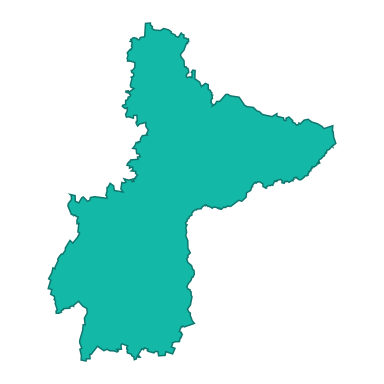 outline of Planeta Rica, Córdoba, Colombia
{"feature_id": "7082276B80590541322952", "entity_name": "Planeta Rica", "entity_type": "district", "adm_level": 2, "iso_a3": "COL", "parent_name": "Colombia", "parent_adm1": "Córdoba", "projection": "albers", "projection_center": [-75.58, 8.302], "detail": "fine", "context": "isolated", "style": "filled", "palette": "teal", "viewbox_px": 384, "rotation_deg": 0, "n_neighbors": 0, "source": "geoboundaries", "source_scale": "gbopen_adm2", "svg_char_len": 5941}
<svg xmlns="http://www.w3.org/2000/svg" viewBox="0 0 384 384"><path d="M70.2,194.5L71.2,195.4L71.5,199.5L68.3,203.6L67.9,205.9L71.4,214.4L72.6,214.5L73.5,215.7L75.5,215.1L76.2,216.5L78.3,217.0L76.9,220.3L76.9,223.1L77.1,223.9L78.9,223.3L77.9,232.0L79.7,233.3L77.4,237.5L72.8,243.1L70.0,240.4L65.4,247.9L65.3,250.3L62.7,254.2L61.5,254.0L59.8,255.9L57.8,259.0L58.0,260.9L54.9,267.6L55.0,268.8L52.9,267.9L51.9,272.7L48.6,278.8L50.8,280.1L48.2,288.6L51.8,289.5L50.7,294.3L54.2,296.2L54.8,298.6L54.1,299.3L55.6,301.4L55.2,303.5L57.3,309.8L56.1,310.9L56.2,313.2L58.6,313.3L61.4,312.2L61.4,310.5L63.4,309.6L63.5,308.6L69.8,308.2L69.7,307.0L72.3,305.7L73.6,306.4L73.7,305.2L78.5,301.3L83.0,306.3L86.8,308.4L87.3,312.9L84.4,318.2L85.1,324.8L83.2,324.7L82.6,330.6L79.8,340.2L79.7,342.7L81.8,348.3L79.9,349.2L81.4,355.7L81.1,360.0L86.0,361.0L86.3,358.9L90.1,358.7L89.7,354.5L91.3,354.2L97.5,346.2L103.9,350.7L107.1,349.2L109.5,350.7L114.0,350.9L117.1,352.0L118.4,350.9L116.8,349.3L121.4,349.2L120.9,345.4L121.9,343.8L127.8,346.0L126.6,347.7L126.8,349.2L127.7,349.6L127.1,351.5L127.5,353.0L131.4,354.1L131.9,355.8L133.8,356.9L134.3,359.7L136.2,359.0L137.3,356.1L138.7,357.3L140.1,357.2L138.1,354.8L141.9,348.7L143.6,349.7L144.4,347.8L148.0,349.2L147.3,350.6L148.1,351.3L154.0,352.9L155.3,351.4L158.0,351.7L158.6,355.8L165.1,355.4L165.8,351.7L172.6,353.9L175.0,348.3L171.3,347.0L172.5,344.2L172.3,343.0L175.2,341.7L179.4,341.6L180.3,337.7L181.0,337.7L182.3,334.2L181.3,333.5L181.4,332.4L179.3,331.4L181.4,326.5L182.4,326.8L182.8,326.1L184.3,326.9L194.4,323.4L192.2,320.7L190.2,315.2L190.4,313.1L189.1,312.3L187.4,309.2L190.4,305.0L192.0,296.8L191.1,294.8L191.1,291.9L190.1,291.0L190.0,289.7L188.3,289.2L186.8,287.2L188.1,283.9L191.0,280.3L192.1,277.1L193.0,277.1L194.3,274.3L194.0,270.3L192.7,269.4L191.6,265.7L187.8,262.4L186.7,258.6L188.1,257.1L187.6,255.6L190.3,252.9L187.9,248.3L187.8,240.8L185.7,235.6L186.6,232.3L185.8,227.6L187.0,224.9L186.1,224.8L185.6,222.6L187.2,221.0L187.1,219.4L189.0,218.1L189.3,216.5L191.9,215.1L191.8,213.1L194.5,210.0L196.7,209.8L197.0,209.0L201.1,208.8L202.4,206.6L204.5,205.4L205.4,205.7L205.9,204.7L208.0,206.5L208.9,206.2L212.3,208.2L213.4,207.2L215.8,207.2L218.4,208.5L219.1,207.9L219.4,208.9L221.4,209.3L223.7,207.1L225.3,207.6L227.9,205.9L229.6,206.5L231.2,206.0L238.7,200.3L241.8,201.2L246.1,197.2L246.6,192.7L250.6,190.5L251.9,186.7L252.6,186.6L252.5,185.2L254.8,182.6L255.3,183.0L255.9,182.3L256.5,182.9L257.1,182.1L259.6,181.8L263.1,184.0L262.9,186.4L265.9,188.2L266.6,188.0L266.5,186.8L268.4,185.6L270.7,185.6L271.5,184.8L272.7,185.3L274.7,180.9L275.9,181.5L276.3,180.6L276.9,181.2L277.7,180.2L280.7,179.4L282.3,181.0L281.9,182.7L284.2,183.3L284.9,181.3L286.1,181.7L287.2,181.1L289.0,182.3L291.5,180.8L293.0,180.8L292.7,179.8L293.9,179.3L293.7,178.2L295.0,177.3L295.6,177.9L296.9,177.4L296.8,178.1L299.2,179.8L300.9,179.7L304.1,177.3L304.4,176.2L308.0,175.4L308.0,173.9L309.1,172.3L308.7,171.6L310.9,170.7L310.7,169.2L311.5,168.9L311.9,167.2L312.6,167.7L313.2,166.6L314.3,166.8L316.9,164.9L317.0,163.6L318.0,163.6L317.9,162.1L318.6,163.6L319.6,163.1L318.6,162.2L319.2,161.9L318.6,161.3L319.4,159.6L321.4,158.5L323.1,156.3L324.2,156.1L325.5,152.8L326.4,153.0L326.9,150.4L329.2,149.5L332.1,146.2L332.7,146.8L332.5,145.8L335.8,143.5L333.7,137.2L333.1,131.4L332.4,130.9L332.8,125.7L324.0,128.6L321.8,126.3L317.6,123.8L311.8,122.0L308.1,119.3L304.0,120.2L300.4,123.9L299.0,123.0L298.6,124.5L296.4,125.1L295.0,123.2L292.4,122.1L292.7,120.6L288.9,117.0L286.1,118.2L286.0,120.6L284.0,120.3L283.4,117.8L276.9,116.3L276.9,113.7L272.0,116.6L262.5,114.5L259.3,111.6L256.9,110.9L253.3,107.4L247.2,106.7L244.6,105.3L239.1,97.2L230.0,95.8L228.1,94.4L225.9,94.4L219.8,101.3L216.6,101.5L215.5,103.8L212.5,105.9L213.0,104.7L210.8,102.5L211.4,101.6L210.9,100.0L212.5,98.4L212.0,96.0L212.6,95.2L211.6,94.8L211.8,92.6L210.6,91.9L210.5,90.6L208.3,89.2L208.2,84.7L205.3,83.4L201.4,86.6L199.6,82.1L194.8,78.8L195.1,70.5L192.8,70.1L191.4,72.3L192.2,72.9L191.8,77.7L189.9,76.8L187.3,77.6L186.1,76.3L187.2,73.4L188.6,72.8L188.7,71.3L187.9,68.4L187.1,68.5L186.0,66.7L185.0,67.1L184.3,65.9L184.0,60.6L181.1,56.9L180.4,54.5L184.0,50.0L186.3,43.7L187.5,43.5L187.0,42.3L188.7,41.7L188.4,38.9L187.2,39.3L186.3,38.2L183.9,37.9L184.0,34.9L182.2,34.3L181.2,33.0L178.4,37.2L175.6,36.3L175.3,35.1L171.1,33.0L171.2,31.8L168.7,29.9L163.6,28.5L160.5,30.5L154.6,30.1L152.0,28.5L152.4,26.6L150.6,25.1L150.4,23.0L145.5,23.4L144.7,36.7L140.3,37.5L139.4,39.6L137.5,39.7L136.9,38.5L134.2,37.7L132.5,38.1L131.4,39.8L130.3,39.1L131.5,40.5L130.2,41.3L132.3,42.3L131.4,46.2L132.4,47.4L130.9,49.3L131.6,50.2L130.2,49.4L127.2,52.9L128.1,55.1L127.1,58.8L127.9,59.7L127.5,61.1L130.8,61.2L134.9,62.6L134.8,67.5L132.4,70.5L131.3,70.5L131.7,72.5L133.7,73.3L133.7,76.1L131.2,77.2L132.1,77.9L130.3,85.2L130.9,87.1L134.0,88.6L128.8,92.2L128.3,90.8L125.9,91.1L126.0,92.3L129.5,93.2L129.4,93.9L130.8,94.8L129.8,96.6L128.2,97.1L127.7,99.6L125.6,100.4L125.6,104.6L122.7,105.2L122.3,106.3L125.1,108.6L127.4,107.7L127.1,111.3L125.6,114.4L126.4,117.1L128.7,116.8L133.3,118.2L133.6,115.4L136.9,115.2L137.3,121.5L136.4,121.4L136.0,123.0L137.6,126.0L139.5,124.0L145.8,122.5L145.9,126.5L148.4,130.1L146.5,134.0L147.4,135.0L142.4,135.7L140.6,138.5L140.1,141.9L138.1,141.7L138.0,142.8L136.1,142.5L135.2,145.2L132.7,148.4L136.1,148.8L136.7,153.6L138.9,153.9L140.2,156.7L137.5,157.0L138.0,159.3L130.7,159.9L130.0,161.8L129.4,161.5L127.6,163.5L127.0,165.3L129.7,165.8L129.5,168.1L132.6,167.0L132.9,169.5L131.2,170.9L135.8,171.4L135.5,173.2L137.4,175.3L135.1,177.7L135.5,178.5L133.1,179.0L134.0,181.4L132.1,181.7L131.8,179.4L128.5,180.1L124.0,178.8L125.9,182.2L124.4,183.0L121.9,182.4L120.9,189.0L123.0,192.0L114.3,190.5L113.6,185.8L110.1,183.3L108.1,187.2L107.0,187.5L107.0,191.3L105.9,195.3L106.8,195.8L106.9,198.3L94.6,196.7L90.4,197.5L89.9,200.1L87.6,201.4L83.2,196.9L81.7,197.9L78.8,202.9L75.3,201.2L75.1,195.6L70.2,194.5Z" fill="#14b8a6" stroke="#0f766e" stroke-width="1.5"/></svg>